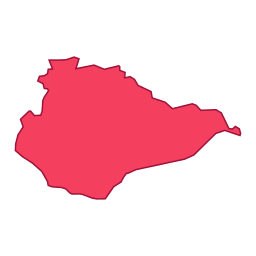 map outline of East Sussex (Mercator projection)
{"feature_id": "GBR-2677", "entity_name": "East Sussex", "entity_type": "Administrative County", "adm_level": 1, "iso_a3": "GBR", "parent_name": "United Kingdom", "parent_adm1": "", "projection": "mercator", "projection_center": [0.265, 50.946], "detail": "fine", "context": "isolated", "style": "filled", "palette": "rose", "viewbox_px": 256, "rotation_deg": 0, "n_neighbors": 0, "source": "natural_earth", "source_scale": "10m", "svg_char_len": 1031}
<svg xmlns="http://www.w3.org/2000/svg" viewBox="0 0 256 256"><path d="M240.0,135.5L224.8,130.4L215.8,133.4L193.8,155.0L184.7,159.1L136.0,169.6L127.6,173.4L126.5,173.3L124.0,176.6L121.8,180.4L121.3,181.8L113.6,186.8L105.3,198.8L96.9,198.9L92.5,198.2L82.2,194.3L79.7,193.9L71.8,194.0L69.7,192.8L65.8,188.9L61.6,187.5L52.1,186.8L48.2,185.4L47.5,181.5L41.8,171.4L32.2,162.9L22.5,156.7L15.4,150.6L15.5,147.9L15.7,143.9L18.0,134.8L23.2,126.8L20.5,119.3L29.1,111.1L30.6,111.1L34.4,115.6L40.7,115.2L42.2,111.0L42.8,100.7L44.3,97.1L48.6,90.6L47.4,88.8L44.3,88.5L43.0,83.7L37.8,81.0L39.5,76.3L44.3,75.7L47.6,73.6L48.2,69.3L52.5,68.9L49.1,60.1L58.4,60.1L66.0,59.8L74.1,57.1L79.0,58.8L75.9,68.7L94.1,65.1L104.3,69.3L118.8,65.8L119.7,66.6L119.8,70.4L125.1,72.4L124.7,77.8L130.2,76.7L134.5,79.4L138.0,85.4L151.1,91.6L152.2,97.9L165.1,102.2L172.5,108.7L192.3,103.8L196.2,105.3L200.8,110.3L216.0,109.7L221.3,112.9L229.0,128.7L232.6,129.0L235.3,126.4L239.3,128.8L240.6,133.4L240.0,135.5Z" fill="#f43f5e" stroke="#9f1239" stroke-width="1.5"/></svg>